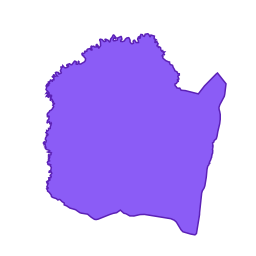 Wang Hin, Si Sa Ket, Thailand, rotated 12°
{"feature_id": "78962969B5946354478732", "entity_name": "Wang Hin", "entity_type": "district", "adm_level": 2, "iso_a3": "THA", "parent_name": "Thailand", "parent_adm1": "Si Sa Ket", "projection": "natural_earth1", "projection_center": [104.168, 14.969], "detail": "fine", "context": "isolated", "style": "filled", "palette": "violet", "viewbox_px": 256, "rotation_deg": 12, "n_neighbors": 0, "source": "geoboundaries", "source_scale": "gbopen_adm2", "svg_char_len": 5607}
<svg xmlns="http://www.w3.org/2000/svg" viewBox="0 0 256 256"><g transform="rotate(12 128 128)"><path d="M203.3,218.1L211.3,218.7L215.7,218.6L216.9,217.0L216.0,198.0L215.6,195.7L213.6,176.4L213.8,174.0L214.9,170.9L215.2,168.5L214.8,159.7L213.9,152.3L213.9,149.2L214.1,148.3L214.7,147.3L214.8,145.4L215.2,145.4L214.8,144.3L215.5,141.9L215.6,140.2L215.8,139.7L215.9,138.8L215.6,138.2L215.8,136.8L215.6,136.4L216.0,135.1L215.5,132.0L215.1,131.7L215.0,128.8L214.6,128.3L214.9,127.8L214.4,127.4L214.4,126.6L213.8,125.0L214.9,123.8L214.8,123.0L215.0,122.2L216.6,120.2L216.8,117.4L216.6,112.9L216.8,104.8L216.4,100.3L215.4,95.6L214.2,92.7L213.2,90.8L212.7,89.0L213.0,86.1L215.6,77.0L215.6,74.6L214.7,64.4L204.1,55.6L203.0,56.9L194.1,70.9L189.7,80.0L176.2,79.5L172.1,80.0L170.3,78.2L169.4,78.6L167.5,78.6L166.5,77.5L165.3,76.8L164.8,75.4L164.9,75.0L166.1,74.4L166.4,73.1L167.5,71.9L167.4,71.4L166.7,71.3L166.3,70.6L166.8,69.9L167.5,69.7L167.5,69.2L166.0,67.1L166.2,66.5L167.2,65.6L166.9,64.3L165.4,64.5L164.3,62.9L161.8,62.2L161.5,61.4L159.6,59.3L158.5,57.4L156.2,57.1L155.3,56.1L154.9,54.8L154.1,54.9L151.1,54.3L147.9,52.6L147.3,51.8L147.3,50.9L146.7,50.7L146.4,50.2L147.0,49.1L147.9,49.1L148.3,48.6L147.2,47.4L148.0,46.0L146.6,46.3L145.9,45.2L145.4,46.0L145.1,45.9L143.9,44.7L143.1,42.6L141.8,42.1L141.0,42.8L140.3,41.6L139.3,41.6L139.3,41.1L140.0,39.4L138.8,38.3L138.2,37.3L137.2,38.6L136.6,38.6L136.4,36.7L137.1,35.8L135.0,35.2L134.7,32.6L131.1,32.3L130.9,33.9L130.6,34.1L130.2,33.9L129.2,32.5L128.2,31.8L127.7,31.7L125.3,32.7L125.1,34.6L124.7,35.1L123.6,34.8L122.7,33.7L121.2,33.8L120.8,35.3L121.3,36.2L121.1,37.7L120.5,37.9L120.3,37.4L120.4,36.7L119.9,36.4L119.3,36.8L118.9,38.7L119.1,39.5L119.9,40.3L120.5,42.2L118.3,42.8L116.2,40.8L115.8,40.8L115.2,41.4L115.0,42.2L115.7,43.9L114.9,44.6L113.8,44.8L112.6,43.9L111.9,42.9L111.8,41.7L110.3,39.7L109.7,39.5L108.1,40.2L106.9,41.7L106.5,43.3L105.9,43.9L104.8,44.6L102.9,44.8L102.6,43.8L103.4,42.9L103.6,42.3L102.5,40.1L102.1,39.9L99.0,42.2L99.3,44.1L97.7,45.1L96.0,45.7L95.2,45.1L95.3,43.1L95.7,42.8L97.1,43.3L97.6,42.3L95.0,40.1L94.5,40.0L94.1,40.4L93.7,42.2L92.5,44.6L92.5,46.9L92.2,47.6L91.8,47.6L90.5,46.4L88.0,45.8L87.3,45.9L87.1,46.3L88.1,47.3L88.2,47.8L86.9,48.4L86.3,48.3L84.2,46.9L82.4,46.9L82.0,47.4L82.1,48.1L83.1,49.4L84.1,53.2L83.0,55.7L82.6,55.8L81.6,53.8L80.2,52.7L79.7,53.2L79.6,53.7L81.2,54.3L81.0,55.0L78.3,55.7L77.5,55.1L76.0,55.9L75.6,55.5L75.2,55.5L74.9,55.9L75.0,56.7L76.5,58.8L76.4,59.3L75.3,59.2L74.3,58.2L72.2,59.2L71.7,59.8L71.7,61.6L69.9,61.8L69.7,62.3L70.2,63.0L70.1,63.4L68.8,64.6L68.1,64.2L67.6,64.6L67.5,65.2L68.0,66.1L68.7,66.7L69.7,66.8L70.3,67.7L72.0,68.8L72.3,70.7L71.7,72.3L68.6,75.1L67.9,75.4L66.4,75.3L66.4,73.5L65.7,73.1L65.4,73.9L65.8,75.5L65.4,76.1L64.7,76.3L64.0,76.2L63.7,74.1L62.9,73.7L61.8,73.7L59.9,77.8L58.7,77.9L57.5,77.3L55.3,78.6L55.0,79.2L55.2,79.8L56.6,79.4L57.0,79.8L57.0,80.3L55.8,81.5L54.0,82.3L52.8,81.8L51.2,80.5L51.1,82.1L49.8,82.2L49.9,83.0L50.5,83.9L49.9,86.0L51.3,87.8L51.2,88.2L49.3,89.6L49.0,89.4L48.6,88.2L46.3,88.3L45.5,88.9L46.4,90.7L47.8,91.8L46.9,91.9L45.2,93.3L44.9,92.7L44.9,91.6L44.6,91.3L44.2,91.4L44.0,92.5L43.3,93.6L44.8,94.4L45.6,96.1L44.4,96.5L44.3,97.9L43.5,97.8L42.6,97.0L42.2,97.2L42.0,98.5L40.5,99.7L40.9,100.1L41.7,100.0L41.9,100.6L40.7,101.0L39.6,102.2L40.0,102.8L41.2,102.1L41.6,102.2L41.6,102.6L40.8,103.7L39.4,103.1L39.1,103.9L40.0,105.2L39.8,107.5L41.7,108.7L40.8,110.9L41.3,110.6L41.8,110.9L42.1,111.7L42.4,111.8L43.0,111.2L43.0,109.8L43.6,110.3L43.7,111.8L41.7,113.2L41.5,114.0L43.7,112.9L43.3,114.3L43.8,114.5L44.2,114.0L44.4,113.1L45.0,112.7L44.9,112.0L46.4,112.0L46.6,113.0L45.7,114.1L46.5,114.6L45.9,115.7L46.3,117.0L46.6,117.0L47.1,115.9L47.7,115.8L48.6,116.8L48.4,117.6L49.3,117.7L49.1,118.6L49.2,119.1L50.8,119.2L51.0,119.5L49.6,121.3L50.8,122.4L50.7,123.6L50.1,124.1L50.1,124.9L49.0,126.6L47.9,127.4L47.4,128.9L46.4,130.2L46.1,131.3L46.8,133.7L47.1,133.7L48.0,132.8L48.4,133.0L48.7,136.0L47.7,137.3L47.7,139.6L48.1,139.7L48.4,139.2L49.9,138.2L50.6,140.1L51.2,140.1L51.8,139.1L52.2,139.8L51.9,140.6L52.0,141.7L51.7,142.5L52.0,144.6L50.4,144.9L50.7,146.0L50.5,146.9L50.1,147.4L49.0,147.3L49.4,148.5L48.6,149.5L49.3,150.1L50.5,150.4L51.1,151.1L50.9,152.0L49.8,151.9L50.0,153.2L49.4,155.1L49.6,156.5L50.7,157.2L50.7,158.8L49.8,159.2L49.0,158.8L48.3,160.3L48.9,160.8L49.3,160.1L49.6,160.2L49.4,161.6L50.4,161.2L50.4,162.0L51.2,163.1L50.6,163.8L51.7,164.2L51.5,165.2L52.7,165.9L55.3,166.2L56.2,166.6L56.1,167.1L54.5,168.2L56.3,168.5L57.7,168.0L58.2,168.2L57.9,168.8L58.2,169.8L58.0,170.4L56.9,170.7L56.0,170.5L55.8,171.0L56.3,172.1L56.2,172.9L56.6,173.0L57.3,172.4L57.5,172.5L57.4,174.5L56.8,174.3L56.6,174.8L56.9,176.1L57.9,176.5L56.6,177.4L56.2,178.3L57.2,179.7L57.3,180.3L58.2,180.5L58.8,179.8L60.1,180.2L59.7,181.1L61.2,182.5L61.3,185.5L60.0,186.5L59.9,187.7L60.2,187.8L61.9,186.9L62.9,188.1L61.7,190.6L61.9,191.0L62.9,191.1L62.8,192.6L60.8,193.2L61.1,193.8L61.8,193.7L62.4,195.1L61.9,195.5L61.3,195.1L61.4,196.1L60.3,196.6L59.6,197.6L60.2,198.4L60.8,197.9L60.7,199.1L61.5,199.2L61.1,200.6L61.1,201.7L60.8,202.5L61.3,203.0L62.1,202.9L62.4,203.3L61.1,204.4L62.2,205.4L62.4,206.4L64.4,207.4L67.0,209.6L67.0,210.3L67.6,211.1L69.0,211.6L72.6,212.0L74.4,213.0L75.5,212.2L76.5,212.2L78.9,213.8L81.2,214.6L81.6,216.5L84.1,216.9L87.9,218.4L93.6,218.8L98.4,220.8L99.9,221.0L106.4,220.7L110.5,222.9L114.1,224.3L115.8,224.2L117.7,223.4L128.3,216.3L131.2,214.6L134.5,213.2L137.6,209.9L141.6,212.2L144.0,212.3L148.0,213.6L152.2,212.8L157.7,210.2L162.0,209.1L188.8,207.8L192.5,208.6L194.9,210.0L201.1,216.6L203.3,218.1Z" fill="#8b5cf6" stroke="#5b21b6" stroke-width="1.5"/></g></svg>